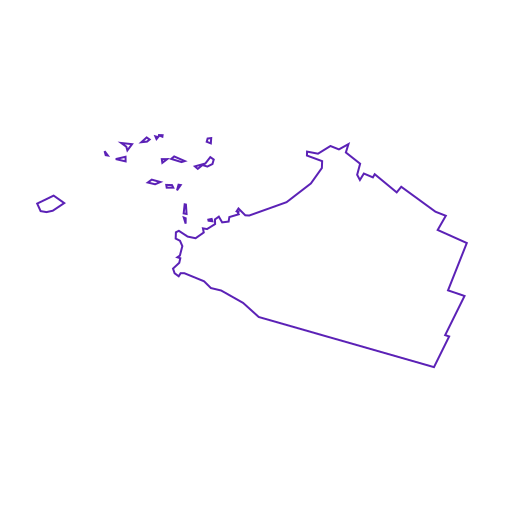 Kien Luong, Kiên Giang, Vietnam, rotated 83°
{"feature_id": "81297802B41363610148385", "entity_name": "Kien Luong", "entity_type": "district", "adm_level": 2, "iso_a3": "VNM", "parent_name": "Vietnam", "parent_adm1": "Kiên Giang", "projection": "robinson", "projection_center": [104.552, 10.196], "detail": "medium", "context": "isolated", "style": "outline", "palette": "violet", "viewbox_px": 512, "rotation_deg": 83, "n_neighbors": 0, "source": "geoboundaries", "source_scale": "gbopen_adm2", "svg_char_len": 1973}
<svg xmlns="http://www.w3.org/2000/svg" viewBox="0 0 512 512"><g transform="rotate(83 256 256)"><path d="M210.0,108.6L189.3,128.2L192.2,130.4L187.3,138.9L193.2,143.6L187.7,145.7L177.1,141.4L164.2,154.2L156.2,150.6L160.3,160.7L155.9,168.7L162.0,182.0L158.6,192.6L162.5,193.2L169.9,178.8L176.7,179.9L190.7,192.7L206.3,219.1L215.0,257.8L214.3,261.7L206.7,267.6L209.2,269.7L210.1,267.1L209.9,269.1L212.5,268.1L214.1,277.7L218.5,279.0L218.5,285.5L212.4,288.1L214.7,292.3L219.3,292.7L223.3,301.3L222.1,305.3L226.3,305.0L231.0,313.8L228.4,321.5L221.6,329.5L222.7,332.6L228.9,333.6L231.6,329.6L237.2,327.9L246.3,331.5L247.7,334.2L249.0,331.4L253.4,333.0L258.4,339.9L263.2,338.9L266.7,335.2L263.9,332.9L264.3,329.3L274.8,310.6L282.3,304.7L286.0,294.8L301.0,274.5L316.9,260.7L388.0,92.9L359.4,74.1L357.6,77.9L321.1,53.9L313.5,69.6L268.8,45.2L252.3,72.5L239.2,62.7L233.9,72.5L205.0,103.4L210.0,108.6ZM186.3,452.2L180.1,439.9L171.4,449.5L177.3,466.8L185.2,464.3L186.9,458.6L186.3,452.2ZM155.1,286.2L152.3,289.3L158.0,295.0L159.6,305.7L162.4,303.2L159.2,298.0L161.3,293.4L159.4,288.0L155.1,286.2ZM135.5,370.8L129.9,365.4L127.4,376.0L131.7,371.4L135.5,370.8ZM169.9,354.4L172.5,347.4L170.9,341.9L167.5,350.2L169.9,354.4ZM153.7,318.5L153.1,315.1L147.2,325.1L149.3,328.3L153.7,318.5ZM205.8,319.8L196.4,319.3L196.0,320.5L204.9,322.6L205.8,319.8ZM146.2,373.9L141.6,373.4L142.7,383.4L146.2,373.9ZM136.6,291.0L138.7,287.1L133.5,286.1L133.5,289.7L136.6,291.0ZM178.1,329.8L175.4,330.7L174.5,336.4L177.3,336.3L178.1,329.8ZM127.4,347.4L125.0,350.1L129.1,355.9L129.2,350.2L127.4,347.4ZM175.8,324.2L181.2,326.4L176.4,322.1L175.8,324.2ZM148.4,337.7L152.1,337.6L149.0,332.3L148.4,337.7ZM215.3,321.9L210.0,321.2L209.0,323.0L215.3,321.9ZM133.5,393.5L137.6,392.9L138.2,390.8L133.5,393.5ZM216.2,295.1L213.8,295.5L214.1,298.9L215.2,298.8L216.2,295.1ZM126.2,334.4L124.7,334.0L124.0,338.4L126.2,334.4ZM125.0,341.3L127.8,340.5L126.1,338.7L125.0,341.3Z" fill="none" stroke="#5b21b6" stroke-width="2"/></g></svg>